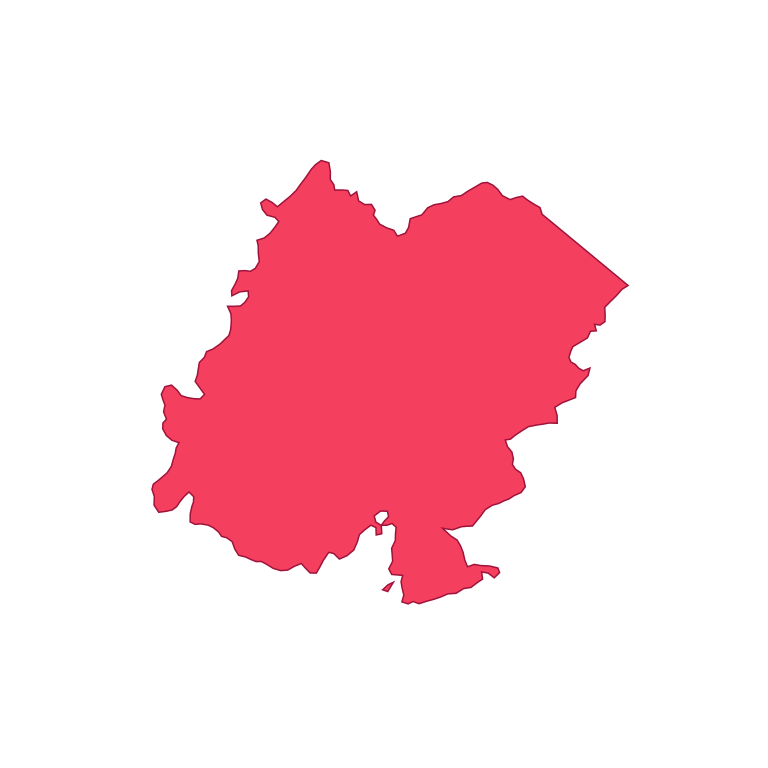 the district of Três Barras, Santa Catarina, Brazil, rotated 238°
{"feature_id": "56859067B37392736639425", "entity_name": "Três Barras", "entity_type": "district", "adm_level": 2, "iso_a3": "BRA", "parent_name": "Brazil", "parent_adm1": "Santa Catarina", "projection": "albers", "projection_center": [-50.264, -26.169], "detail": "fine", "context": "isolated", "style": "filled", "palette": "rose", "viewbox_px": 768, "rotation_deg": 238, "n_neighbors": 0, "source": "geoboundaries", "source_scale": "gbopen_adm2", "svg_char_len": 3653}
<svg xmlns="http://www.w3.org/2000/svg" viewBox="0 0 768 768"><g transform="rotate(238 384 384)"><path d="M369.8,146.5L365.1,149.4L362.5,154.4L357.6,160.0L352.4,163.2L346.1,165.3L340.8,165.5L337.0,169.1L330.8,171.7L322.9,170.0L315.7,170.0L310.6,175.0L305.7,178.1L301.2,181.4L298.5,185.9L293.0,189.1L286.4,192.3L280.4,197.6L277.2,203.8L276.9,211.3L275.6,218.8L270.0,219.7L262.9,221.2L259.5,226.4L262.6,232.3L266.4,238.7L270.5,247.9L266.8,251.6L259.2,253.4L258.0,261.6L259.2,270.4L264.3,277.8L269.3,283.3L270.6,291.0L271.2,298.0L266.5,301.1L260.1,297.4L258.2,302.8L265.6,306.8L262.7,311.6L261.4,316.9L256.1,318.4L250.8,314.3L245.3,310.7L240.6,303.4L236.1,301.1L229.1,297.4L224.7,290.1L218.4,289.6L211.8,298.4L207.3,293.7L201.8,291.4L194.6,289.0L189.7,283.7L184.8,287.9L184.1,293.4L179.1,297.3L177.2,304.9L174.9,312.6L173.3,319.4L172.2,326.9L168.3,334.2L168.3,343.2L165.4,349.9L166.2,358.7L166.3,364.2L172.9,367.2L168.4,372.1L161.2,374.8L162.8,382.1L167.6,383.1L173.6,377.2L178.8,369.8L183.2,364.9L184.7,358.0L191.8,359.2L199.5,361.9L206.1,363.1L213.0,363.3L219.8,360.1L230.6,357.2L224.0,364.9L221.9,374.1L219.5,378.8L216.7,383.7L218.7,389.7L220.9,396.2L223.8,403.3L223.8,411.6L221.9,418.0L221.4,423.5L220.3,428.9L220.4,435.3L219.3,442.7L222.0,449.4L229.4,452.0L236.2,452.9L242.2,450.3L247.8,450.3L252.0,454.1L258.5,456.4L265.4,455.5L272.3,457.2L270.2,462.0L271.0,467.6L271.3,476.1L271.3,483.8L268.3,491.7L265.7,497.6L263.4,503.4L258.9,510.1L265.7,514.2L273.7,516.4L273.7,524.7L272.3,532.4L271.0,539.3L276.5,543.1L280.2,550.4L283.1,561.6L288.4,567.1L289.7,559.9L294.2,557.5L299.2,556.6L303.6,554.2L308.5,554.9L312.7,559.6L315.6,563.9L315.4,572.7L315.3,581.0L319.3,587.1L316.6,592.2L323.0,594.2L319.5,598.4L319.8,604.4L324.2,607.4L332.1,611.9L333.9,619.4L335.9,628.4L338.2,636.1L338.2,643.2L444.2,608.0L450.9,609.8L457.0,606.5L464.4,603.0L469.9,601.0L472.0,595.1L473.6,588.6L481.0,584.2L488.6,583.6L494.9,581.7L500.2,578.4L502.6,573.4L502.8,565.8L503.1,557.0L502.8,549.5L505.8,542.2L504.8,534.9L506.8,528.1L509.5,521.4L510.3,514.4L507.4,505.8L510.3,493.8L503.8,487.9L500.5,482.0L502.3,473.7L509.2,473.8L515.3,468.8L522.0,465.0L527.7,465.0L532.8,464.5L536.1,468.5L543.0,468.5L546.4,462.7L552.8,459.5L561.5,462.7L561.2,455.3L567.3,455.9L570.5,451.6L574.6,445.0L579.7,447.1L585.8,446.8L592.2,450.9L600.8,454.5L606.8,449.2L606.3,442.1L604.7,436.3L600.2,426.0L597.3,418.3L594.7,412.1L592.9,403.9L591.6,393.7L590.8,387.5L597.1,385.4L603.4,381.9L602.9,375.4L596.3,373.4L589.2,374.2L583.2,379.8L577.6,380.9L574.9,374.8L572.3,367.5L571.3,359.9L573.2,352.4L568.1,350.7L561.3,346.6L553.9,343.1L550.2,336.0L550.4,330.4L553.9,326.1L556.8,320.8L551.1,316.0L547.4,310.4L544.0,304.2L539.4,301.7L538.6,310.4L534.9,318.1L529.7,315.4L527.0,309.2L526.2,303.7L529.1,298.4L532.8,292.5L524.7,291.4L519.4,288.6L514.9,285.5L511.0,282.4L507.3,278.1L506.2,272.8L504.8,266.3L504.3,257.6L505.5,250.7L501.8,245.8L500.1,238.8L494.4,233.8L490.5,230.5L486.2,225.2L477.7,225.8L470.3,226.3L468.8,220.1L472.3,215.0L476.4,210.3L481.7,205.8L488.3,205.3L495.7,203.2L497.8,196.8L493.3,189.7L487.8,188.2L482.1,187.0L477.2,182.3L469.5,180.9L468.0,175.8L463.2,172.6L455.6,172.1L448.7,174.3L442.9,179.0L439.8,173.8L435.6,170.0L432.4,166.1L426.8,160.0L423.6,152.9L422.6,146.4L421.8,141.1L421.3,135.3L417.6,131.4L410.5,129.7L403.1,124.8L394.6,125.0L391.5,131.7L389.4,137.7L389.9,143.2L392.5,149.0L394.6,155.2L395.7,161.4L389.3,162.9L384.9,159.9L381.7,155.9L376.6,150.9L369.8,146.5ZM265.6,306.8L271.2,303.9L277.3,305.8L278.1,313.7L274.3,319.5L269.0,317.5L267.7,312.0L265.6,306.8ZM206.0,277.2L210.9,286.9L211.6,280.9L210.2,273.8L206.0,277.2Z" fill="#f43f5e" stroke="#9f1239" stroke-width="1.5"/></g></svg>